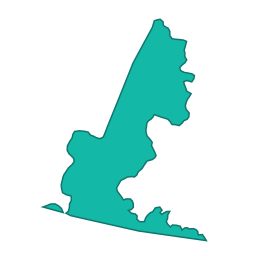 Gongogi, Bahia, Brazil, rotated 272°
{"feature_id": "56859067B50275447088656", "entity_name": "Gongogi", "entity_type": "district", "adm_level": 2, "iso_a3": "BRA", "parent_name": "Brazil", "parent_adm1": "Bahia", "projection": "albers", "projection_center": [-39.593, -14.278], "detail": "fine", "context": "isolated", "style": "filled", "palette": "teal", "viewbox_px": 256, "rotation_deg": 272, "n_neighbors": 0, "source": "geoboundaries", "source_scale": "gbopen_adm2", "svg_char_len": 2222}
<svg xmlns="http://www.w3.org/2000/svg" viewBox="0 0 256 256"><g transform="rotate(272 128 128)"><path d="M236.1,150.6L229.3,148.8L197.0,132.7L193.1,130.8L162.1,119.6L127.5,107.0L121.9,105.1L118.1,103.6L116.4,100.6L116.9,97.4L118.5,94.0L119.6,90.8L122.5,88.3L123.2,84.7L123.5,79.5L122.7,74.8L119.8,73.2L116.2,72.5L112.2,70.1L108.1,68.1L103.6,68.0L100.2,69.9L98.1,72.4L95.7,74.8L92.5,75.4L89.3,73.2L86.2,70.0L82.1,67.5L79.1,65.6L76.0,64.6L72.5,64.0L69.0,63.2L65.3,63.7L61.1,64.9L59.2,68.6L58.0,73.6L53.6,73.9L50.1,72.2L46.4,72.2L42.6,71.3L40.7,69.0L38.4,73.9L34.5,94.3L25.4,142.6L18.2,210.2L20.8,208.5L24.1,206.1L23.6,202.0L27.2,201.2L29.0,199.2L29.7,196.7L29.3,192.9L30.4,190.5L30.0,188.0L27.9,185.5L31.6,183.7L32.5,179.7L32.6,175.8L30.6,173.9L33.1,171.1L36.0,169.5L38.9,170.7L42.7,170.8L46.1,172.6L45.9,169.7L44.5,166.9L42.8,164.8L44.6,162.9L47.0,164.9L50.1,162.5L49.1,158.1L45.2,155.7L44.2,153.4L41.5,150.6L38.8,148.8L35.0,147.7L34.8,142.8L37.2,140.0L40.5,140.2L42.3,138.3L43.0,134.3L45.6,131.3L46.7,134.2L48.9,136.1L52.4,135.9L55.2,134.9L57.2,132.7L57.0,128.5L56.0,125.9L58.3,124.4L61.5,121.9L64.5,119.5L67.8,118.7L70.5,120.1L75.4,122.7L77.1,125.9L79.0,129.1L79.6,133.6L79.3,136.2L81.3,138.4L84.6,139.8L88.0,143.5L91.9,145.7L95.7,148.2L97.3,153.4L99.2,155.8L101.4,157.0L104.9,155.5L108.7,153.5L111.2,152.1L114.5,152.7L117.6,150.3L120.5,147.4L124.0,146.2L127.1,146.0L130.1,146.4L133.6,146.7L135.9,148.2L137.5,150.5L139.6,152.4L142.3,153.8L141.2,157.2L139.8,161.5L139.2,164.1L138.2,167.5L136.1,169.7L133.0,171.9L133.0,175.3L132.2,179.0L134.8,181.9L137.3,183.7L138.8,186.8L141.2,188.4L145.1,188.6L148.8,185.3L152.4,184.5L156.4,185.5L158.8,186.4L160.9,187.9L164.5,189.9L166.9,185.4L170.7,184.0L173.8,182.6L176.3,182.1L177.5,185.2L176.3,190.1L179.5,192.1L182.7,192.6L184.4,190.0L185.0,186.1L185.5,182.3L187.2,178.6L190.0,177.5L192.7,179.7L195.3,182.7L198.2,184.3L201.3,182.3L205.2,182.2L207.6,181.4L211.3,182.3L216.6,183.5L217.8,180.3L218.2,176.2L218.4,171.4L218.9,168.9L221.7,166.6L226.0,166.4L229.2,164.6L230.4,161.8L231.9,159.7L235.4,159.3L237.8,156.3L237.2,153.8L236.1,150.6ZM46.1,45.8L41.2,66.2L45.4,64.2L48.0,61.0L49.6,57.8L49.3,53.2L47.6,49.5L46.1,45.8Z" fill="#14b8a6" stroke="#0f766e" stroke-width="1.5"/></g></svg>